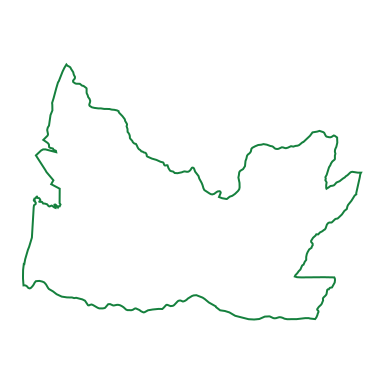 outline of Gnral. Antonio Elizalde, Bolivar, Ecuador
{"feature_id": "8360857B53481091829171", "entity_name": "Gnral. Antonio Elizalde", "entity_type": "district", "adm_level": 2, "iso_a3": "ECU", "parent_name": "Ecuador", "parent_adm1": "Bolivar", "projection": "natural_earth1", "projection_center": [-79.193, -2.142], "detail": "fine", "context": "isolated", "style": "outline", "palette": "green", "viewbox_px": 384, "rotation_deg": 0, "n_neighbors": 0, "source": "geoboundaries", "source_scale": "gbopen_adm2", "svg_char_len": 5940}
<svg xmlns="http://www.w3.org/2000/svg" viewBox="0 0 384 384"><path d="M52.4,110.4L50.5,115.1L49.0,125.6L47.8,127.5L47.3,129.4L47.2,130.1L48.0,134.1L47.9,134.8L47.5,135.7L43.3,139.9L47.5,142.8L48.3,143.6L48.9,144.5L49.1,147.0L49.4,147.4L50.4,147.9L52.8,148.5L53.1,148.8L53.5,149.8L55.9,150.8L56.2,152.2L45.5,149.4L43.1,149.4L41.1,150.5L35.9,155.4L45.3,170.0L46.5,172.1L53.4,180.3L51.2,184.2L59.7,188.7L59.6,203.1L60.5,204.5L59.7,206.3L58.9,206.2L58.6,206.5L58.0,207.5L57.1,206.1L55.6,204.7L55.2,204.5L54.5,204.7L54.6,205.2L55.9,207.4L55.7,208.0L54.4,207.5L52.1,205.8L51.5,205.6L49.7,206.4L49.2,206.4L48.4,205.9L47.1,204.3L44.9,203.6L43.1,203.5L42.2,202.1L41.8,201.9L39.4,201.8L39.3,201.5L40.3,200.5L40.2,199.6L39.2,198.2L37.4,197.9L37.1,196.7L36.6,196.7L35.1,198.7L34.5,198.6L33.8,200.2L34.2,201.0L35.1,201.2L35.2,202.1L35.8,202.9L35.6,204.1L34.0,205.3L33.7,207.4L31.9,237.6L29.1,246.9L27.9,249.9L25.2,259.2L24.3,264.1L23.8,264.0L23.1,269.9L23.0,275.7L23.0,278.5L23.5,285.4L24.3,285.3L25.6,285.5L26.8,286.2L28.4,288.0L29.8,288.4L31.0,287.8L32.5,286.2L33.6,284.7L34.7,282.6L35.9,281.2L39.4,280.9L42.4,281.6L44.2,282.4L46.0,284.4L48.1,288.0L48.9,289.0L53.0,291.4L56.6,294.2L61.7,296.6L67.0,297.4L72.1,297.5L74.1,298.1L76.2,297.8L82.4,299.4L85.0,300.7L88.0,305.2L88.9,305.4L90.2,304.8L91.6,304.5L93.1,305.1L97.7,307.8L99.3,308.4L102.8,308.4L104.4,308.1L105.1,307.8L108.2,304.2L110.1,304.1L113.0,305.4L113.8,305.5L117.1,304.8L118.6,304.9L119.9,305.2L121.6,306.0L123.5,307.2L126.1,309.6L127.4,310.1L131.4,310.2L132.8,309.8L134.7,308.6L135.8,308.4L139.6,310.1L140.6,311.0L142.5,312.0L143.6,312.4L144.6,312.2L148.0,310.3L152.7,309.5L158.7,308.9L162.3,309.0L163.7,307.7L166.1,305.1L166.8,304.8L167.5,304.9L170.5,306.1L172.4,305.9L173.4,305.6L174.3,304.9L177.7,301.3L178.5,300.8L179.6,300.5L180.5,300.5L182.9,301.5L183.8,301.3L185.2,300.7L186.6,299.8L187.8,298.6L192.0,296.0L193.7,295.4L196.4,295.2L202.6,297.6L204.7,299.0L208.9,302.5L215.8,306.4L216.0,307.1L220.1,310.3L224.9,311.0L229.4,312.4L235.2,315.8L248.6,319.2L254.2,319.5L259.3,319.0L264.8,316.6L268.7,316.4L269.7,316.4L273.1,318.0L274.2,318.3L275.9,318.2L279.2,317.2L280.9,317.3L282.6,317.8L284.5,318.7L287.2,319.2L296.9,319.1L305.5,318.1L308.7,318.1L310.0,318.5L315.1,319.1L316.3,317.5L317.3,315.3L317.8,313.5L318.5,311.9L318.3,310.9L317.2,309.7L317.3,309.0L318.8,306.9L321.2,304.6L321.8,303.6L323.1,300.4L322.9,298.8L323.3,297.7L325.3,295.8L326.3,294.6L326.6,293.7L327.2,290.0L327.9,289.3L328.8,289.3L329.6,288.1L330.0,287.8L332.0,287.4L334.7,282.5L335.0,280.1L334.9,278.8L334.3,277.4L324.0,277.2L301.2,277.4L297.0,277.2L294.8,276.5L295.4,275.2L297.3,273.2L298.7,271.2L300.4,269.5L302.0,265.8L302.5,265.2L303.5,264.7L304.8,261.7L306.2,259.9L306.2,257.0L306.8,254.1L307.6,252.2L309.2,249.4L311.5,247.8L311.9,246.4L312.7,245.2L312.6,243.6L311.2,242.0L311.1,241.3L311.2,240.7L313.1,237.7L315.5,235.6L316.3,234.3L318.2,234.4L319.9,232.5L322.4,231.2L323.7,230.1L324.8,229.5L325.6,228.4L326.9,224.6L328.0,223.2L329.3,222.5L331.4,222.5L331.9,222.3L335.2,219.1L335.9,218.8L337.3,218.6L337.9,218.3L341.9,214.5L344.4,210.9L346.8,209.0L347.4,206.4L348.1,204.9L351.4,200.8L354.7,195.5L356.3,194.3L356.2,193.3L359.8,177.2L360.1,175.1L360.5,173.6L361.0,172.7L358.1,172.7L352.3,171.8L351.0,172.1L350.2,172.6L347.5,175.2L345.8,176.3L344.8,177.4L343.0,178.5L339.6,181.2L336.5,182.5L334.4,184.9L333.9,185.3L332.7,185.7L330.5,186.0L328.5,187.5L326.5,188.7L326.2,188.0L326.2,185.0L326.6,182.5L326.1,181.4L325.4,180.3L325.4,179.8L325.8,178.8L325.4,177.2L326.7,174.8L329.0,167.3L330.3,165.3L331.0,163.5L332.3,161.5L334.5,159.7L334.9,159.0L334.9,155.6L335.4,153.7L334.9,151.7L335.0,150.0L335.5,148.5L336.3,146.9L337.3,142.7L337.1,137.5L334.6,135.7L333.7,135.5L331.6,136.9L330.3,137.3L329.0,137.2L326.5,136.6L325.7,135.8L324.2,132.8L323.2,132.1L319.5,130.9L317.2,131.6L312.5,132.4L310.0,135.8L303.3,142.1L302.6,142.2L299.1,145.1L297.5,145.7L295.6,145.9L293.3,146.6L291.0,146.2L287.8,147.7L285.9,148.2L284.8,148.0L282.9,147.4L281.8,147.3L278.5,148.8L277.2,149.0L275.7,148.8L274.8,148.4L273.1,146.8L272.1,146.3L270.4,146.0L266.9,144.7L263.5,144.1L261.3,144.7L258.2,145.0L255.1,146.3L252.3,147.8L251.4,148.9L250.9,151.3L250.3,152.4L249.3,153.5L247.8,154.6L247.0,155.9L246.4,158.6L245.5,161.0L245.0,166.1L243.1,169.1L240.3,170.8L239.5,171.8L239.2,172.6L238.9,175.1L238.4,177.5L239.5,182.9L239.6,187.4L239.2,189.3L238.0,191.0L235.0,193.9L232.3,195.8L229.7,196.7L227.0,198.9L226.5,199.0L222.1,198.2L219.0,197.0L220.6,193.1L220.7,192.5L220.4,191.8L219.7,191.2L217.8,191.4L216.8,191.9L214.1,193.9L212.3,194.4L211.0,194.2L209.6,193.5L204.4,190.1L203.5,188.4L202.5,185.0L201.6,182.8L199.3,178.6L198.5,176.0L195.1,171.6L194.2,169.0L193.7,168.1L193.3,167.8L192.7,167.6L191.9,167.8L190.3,170.2L189.2,171.2L188.2,171.7L187.0,171.8L184.7,171.4L183.5,171.6L181.8,172.3L177.5,173.2L174.7,173.0L173.2,171.6L171.0,171.1L170.0,170.6L168.5,168.2L167.5,165.3L166.9,165.2L165.5,165.5L164.7,165.4L164.1,164.7L163.6,163.1L163.0,162.4L160.6,161.8L156.4,159.9L151.9,158.6L147.2,156.5L146.7,155.8L146.7,154.7L145.9,153.2L145.1,152.7L143.7,152.4L142.6,151.6L141.4,151.4L140.3,150.1L138.8,149.1L137.8,147.7L136.8,145.4L135.9,143.9L134.5,143.6L133.8,143.1L132.8,142.1L132.2,140.8L130.2,138.6L129.9,138.0L129.8,136.0L129.3,134.3L128.3,132.7L127.6,131.9L127.5,129.0L126.6,126.3L127.0,124.9L127.0,124.3L126.8,123.7L125.2,121.0L124.8,119.3L122.4,116.1L119.2,112.8L118.7,111.9L118.6,111.2L117.0,110.4L114.2,109.8L111.7,109.6L109.4,109.0L104.0,108.9L100.9,108.4L98.3,108.4L94.4,107.9L91.9,107.3L89.7,105.9L89.3,105.1L89.3,104.4L90.1,101.9L90.2,100.8L89.5,98.8L88.2,97.1L87.6,95.0L86.8,93.5L86.6,92.4L86.6,88.6L86.4,88.1L83.5,85.9L82.2,85.7L79.8,83.8L76.4,83.7L75.4,83.5L73.3,82.1L73.1,81.7L73.1,80.6L74.1,79.3L74.8,78.6L75.0,77.0L73.8,74.7L73.2,72.2L71.0,68.8L70.4,67.5L69.6,66.8L67.4,65.7L66.4,64.5L64.4,67.8L62.6,71.5L58.8,81.2L58.0,82.4L56.3,88.1L53.6,98.2L52.1,103.0L52.3,104.7L52.4,110.4Z" fill="none" stroke="#15803d" stroke-width="2"/></svg>